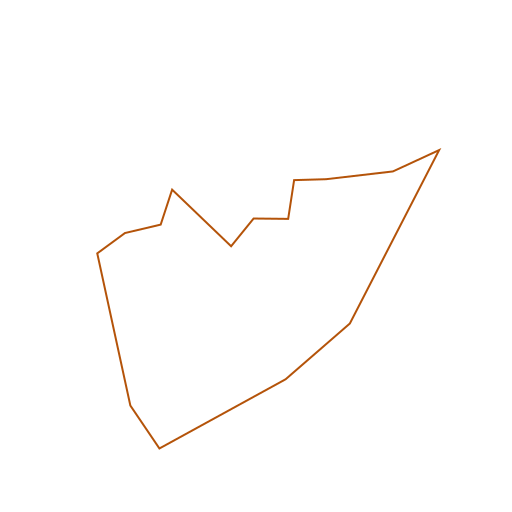 outline of Su'mber, Töv, Mongolia, rotated 135°
{"feature_id": "93677404B46846850249672", "entity_name": "Su'mber", "entity_type": "district", "adm_level": 2, "iso_a3": "MNG", "parent_name": "Mongolia", "parent_adm1": "Töv", "projection": "albers", "projection_center": [105.846, 48.802], "detail": "fine", "context": "isolated", "style": "outline", "palette": "amber", "viewbox_px": 512, "rotation_deg": 135, "n_neighbors": 0, "source": "geoboundaries", "source_scale": "gbopen_adm2", "svg_char_len": 356}
<svg xmlns="http://www.w3.org/2000/svg" viewBox="0 0 512 512"><g transform="rotate(135 256 256)"><path d="M237.4,141.9L51.6,201.4L99.4,219.0L152.2,260.8L175.4,282.7L207.0,259.5L231.2,284.2L266.7,280.5L268.4,362.2L301.2,345.6L332.4,364.9L366.4,370.1L450.6,239.1L460.4,188.2L322.2,147.9L237.4,141.9Z" fill="none" stroke="#b45309" stroke-width="2"/></g></svg>